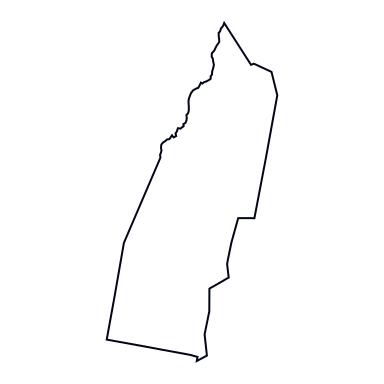 outline of Sigefredo Pacheco, Piauí, Brazil
{"feature_id": "56859067B30452648330237", "entity_name": "Sigefredo Pacheco", "entity_type": "district", "adm_level": 2, "iso_a3": "BRA", "parent_name": "Brazil", "parent_adm1": "Piauí", "projection": "equal_earth", "projection_center": [-41.801, -4.953], "detail": "fine", "context": "isolated", "style": "outline", "palette": "ink", "viewbox_px": 384, "rotation_deg": 0, "n_neighbors": 0, "source": "geoboundaries", "source_scale": "gbopen_adm2", "svg_char_len": 1253}
<svg xmlns="http://www.w3.org/2000/svg" viewBox="0 0 384 384"><path d="M106.7,339.6L149.2,347.3L157.8,348.9L159.8,349.3L189.8,354.8L197.5,356.9L196.8,361.0L206.9,355.6L205.0,338.1L204.6,334.4L209.3,311.3L209.4,288.6L221.4,281.8L226.1,279.0L228.7,277.6L227.1,264.1L228.0,259.1L231.4,242.6L233.2,236.1L238.2,218.1L246.8,218.1L254.4,218.2L265.9,158.0L275.3,106.2L277.3,95.3L271.5,71.9L253.9,63.7L251.0,64.8L249.1,61.8L224.2,23.0L223.1,25.9L220.9,28.6L220.0,31.6L218.7,32.7L218.7,35.9L219.1,38.9L219.3,41.9L216.7,45.6L215.5,47.9L214.2,50.7L211.8,53.3L211.7,56.8L212.8,58.6L213.2,61.5L213.9,64.8L213.2,68.1L212.1,71.7L212.0,74.6L210.7,76.1L210.6,78.9L209.2,79.9L206.2,81.5L204.4,82.0L202.3,83.5L201.0,82.6L199.5,85.6L198.2,87.9L196.3,88.5L193.1,90.3L190.9,93.3L189.9,95.9L189.0,98.4L188.5,100.9L188.6,103.4L188.8,106.5L188.8,110.3L188.1,113.2L186.5,114.9L186.7,118.3L186.5,120.3L185.4,123.0L183.4,124.1L183.6,126.3L182.0,127.3L180.6,128.6L177.9,128.2L176.8,131.6L175.5,133.4L176.2,136.0L173.6,137.4L172.0,135.3L170.8,137.1L169.4,139.1L167.0,139.5L164.9,141.4L163.1,142.4L161.3,144.6L161.0,148.2L161.5,150.3L160.9,152.9L160.1,154.6L160.4,157.7L159.2,160.5L123.9,242.9L114.7,295.7L107.4,335.9L106.7,339.6Z" fill="none" stroke="#020617" stroke-width="2"/></svg>